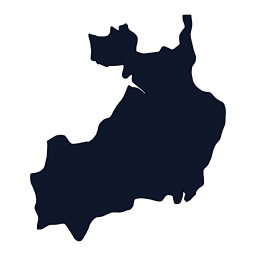 outline of Nghia Lo, Yên Bái, Vietnam
{"feature_id": "81297802B35519691635120", "entity_name": "Nghia Lo", "entity_type": "district", "adm_level": 2, "iso_a3": "VNM", "parent_name": "Vietnam", "parent_adm1": "Yên Bái", "projection": "equal_earth", "projection_center": [104.497, 21.599], "detail": "fine", "context": "isolated", "style": "filled", "palette": "ink", "viewbox_px": 256, "rotation_deg": 0, "n_neighbors": 0, "source": "geoboundaries", "source_scale": "gbopen_adm2", "svg_char_len": 5215}
<svg xmlns="http://www.w3.org/2000/svg" viewBox="0 0 256 256"><path d="M78.6,240.6L80.5,240.3L81.9,239.1L85.0,234.0L87.8,228.5L89.1,224.5L91.4,220.7L94.3,217.8L96.2,216.7L97.0,216.5L99.5,216.3L101.5,215.9L103.0,215.5L107.0,213.6L109.4,212.7L110.3,212.1L111.2,211.9L114.2,211.6L120.1,211.8L120.3,211.7L123.5,211.0L126.9,209.6L129.7,209.1L131.2,207.7L132.7,205.5L133.1,202.8L133.7,200.0L134.7,198.6L136.8,197.9L140.9,197.5L143.8,197.7L148.4,198.3L152.1,199.1L153.9,199.7L155.3,200.0L157.1,200.5L159.0,200.7L160.0,200.7L161.0,200.6L161.9,200.0L163.0,198.6L164.1,196.8L165.2,195.6L166.8,194.5L168.1,194.3L170.2,194.5L171.4,194.8L173.2,195.5L173.5,196.9L174.4,201.3L174.9,202.9L175.7,203.3L176.1,203.4L176.5,203.4L177.2,203.3L178.1,203.2L178.8,203.0L179.2,202.8L179.6,202.4L180.0,202.1L180.4,201.1L181.6,198.0L182.0,196.6L182.4,194.1L182.5,191.2L182.6,189.9L186.3,193.7L185.4,196.4L184.7,198.9L185.7,200.3L186.2,201.0L186.6,201.2L186.9,201.2L187.1,201.0L188.1,200.5L189.7,199.6L190.7,198.6L193.2,195.9L195.1,194.2L195.2,193.4L195.3,192.6L195.6,191.8L195.9,191.1L196.1,190.7L196.9,189.6L197.5,188.7L198.4,187.8L200.7,186.2L201.9,185.5L202.5,184.8L202.9,184.3L203.2,183.5L203.3,182.5L203.2,180.1L203.2,178.8L203.1,177.3L202.8,175.2L202.7,172.7L202.7,171.3L202.8,170.3L203.0,169.6L203.3,169.0L203.7,168.4L204.5,167.6L205.8,166.4L206.4,165.9L207.0,165.0L208.1,163.5L208.4,162.9L208.6,162.2L209.4,160.4L209.8,159.5L210.5,158.0L210.9,156.7L211.7,153.7L211.9,152.9L212.3,151.3L212.6,149.9L213.1,148.7L213.7,147.3L214.5,145.4L215.1,144.4L216.1,143.0L217.7,141.1L218.9,139.7L219.4,138.9L219.9,137.8L220.6,134.8L221.3,132.6L221.9,130.5L222.8,128.3L223.6,126.2L224.3,124.5L224.6,122.9L224.7,121.8L224.7,120.4L224.9,116.1L225.0,114.1L225.1,112.2L225.0,110.3L224.8,108.6L224.4,106.9L223.9,105.3L223.4,104.1L222.9,103.5L222.2,102.8L221.4,102.3L219.6,101.5L218.3,100.7L216.2,99.3L214.6,98.0L213.5,96.8L212.2,95.3L211.1,94.0L210.0,93.2L209.1,92.9L208.4,92.7L205.8,92.5L204.4,92.3L202.6,91.7L201.3,91.1L199.6,89.9L197.9,88.7L196.5,87.5L195.3,86.3L194.3,84.9L193.5,83.6L192.9,82.6L192.3,80.9L191.9,78.8L191.3,75.9L191.1,75.0L191.0,73.9L190.9,72.4L191.0,70.6L191.2,68.4L191.3,67.3L191.7,66.4L192.2,65.5L192.9,64.4L194.0,62.9L194.7,61.5L194.9,60.8L195.1,59.9L195.2,59.0L195.2,57.0L195.2,56.4L194.9,55.4L194.4,54.1L194.0,53.0L193.5,51.5L192.9,49.6L192.2,46.5L191.9,45.1L190.9,41.0L190.4,38.7L190.2,37.7L189.9,34.9L189.9,34.1L189.9,33.3L190.1,32.6L190.4,31.1L190.8,29.4L191.3,26.9L191.5,25.3L191.5,24.4L191.5,23.3L191.3,21.3L190.9,18.4L190.6,15.5L190.6,15.4L186.3,15.4L183.3,15.6L183.2,18.1L183.6,20.3L184.4,22.7L185.0,24.2L185.3,25.2L185.4,26.2L185.4,27.1L185.1,28.1L184.5,28.9L183.4,30.0L182.2,31.7L180.6,34.4L180.0,36.0L179.9,38.3L179.9,40.4L180.2,42.4L180.6,44.0L179.4,45.4L178.2,46.4L176.5,47.7L174.2,49.5L173.0,50.1L172.2,50.2L171.1,50.1L170.7,49.8L169.4,49.2L166.9,48.0L165.2,47.2L164.2,47.0L163.2,47.1L162.6,47.4L162.2,47.8L161.5,49.0L160.6,50.6L159.8,51.7L159.2,52.2L158.2,52.5L153.5,53.1L150.3,53.5L144.7,54.2L142.7,54.1L140.9,53.7L138.3,52.9L136.8,52.3L135.5,51.2L135.6,47.1L136.7,42.4L137.0,39.2L136.8,37.2L135.6,35.5L133.1,33.1L130.2,31.3L128.3,29.6L127.4,27.6L127.1,25.4L125.8,24.1L124.4,25.0L121.7,26.0L120.2,26.2L119.9,26.4L119.6,26.8L119.6,28.2L119.5,29.5L119.3,30.5L119.0,31.0L118.8,31.1L118.0,31.1L117.5,30.9L116.3,30.2L112.0,27.2L111.6,27.0L111.3,27.2L111.1,28.1L110.9,31.6L110.7,32.8L110.5,33.5L108.1,36.3L104.5,37.2L98.9,37.2L96.6,36.7L94.8,35.8L92.3,35.4L90.3,34.8L89.3,34.3L89.1,34.9L89.1,35.6L89.7,38.3L90.9,42.4L91.4,46.8L91.9,50.2L91.9,52.7L91.6,55.3L91.3,58.8L91.9,59.5L93.0,60.3L93.7,60.4L94.1,60.4L94.8,60.3L95.2,60.3L95.7,60.4L96.4,61.2L96.7,61.9L97.1,62.5L97.7,63.3L97.9,63.4L98.4,63.6L98.9,63.4L99.3,63.2L106.4,66.3L109.8,65.2L114.3,65.2L116.3,65.1L118.2,64.9L120.2,64.7L123.0,64.1L124.1,65.0L124.4,66.9L123.9,69.7L123.1,72.1L122.6,75.3L123.3,76.9L124.4,77.7L125.4,78.0L127.1,77.5L128.9,75.5L131.0,74.1L132.2,73.8L132.9,74.4L132.5,78.3L132.5,80.9L134.7,83.1L138.8,86.5L142.8,89.7L146.3,92.9L145.9,94.1L144.2,93.9L141.9,91.8L137.6,88.8L135.1,88.0L132.0,87.8L130.2,86.7L129.0,85.9L128.3,86.8L126.3,92.0L124.1,96.9L122.1,100.2L120.2,102.3L118.7,104.4L117.3,106.0L116.4,107.7L113.4,112.7L112.5,114.8L110.2,118.0L108.2,118.6L106.0,119.3L104.2,120.1L102.7,121.4L101.6,122.5L100.4,123.7L99.6,125.3L98.9,127.5L98.4,130.3L96.8,134.6L95.7,136.3L92.7,140.1L90.0,141.6L90.1,142.0L90.1,142.7L87.2,142.4L86.3,142.3L85.6,142.4L84.2,142.9L81.4,143.3L79.3,143.9L74.6,144.5L72.7,144.6L71.0,144.2L68.8,142.2L65.6,137.5L64.5,136.2L62.3,135.6L58.9,135.6L56.1,136.3L51.7,138.9L47.6,141.5L47.8,142.0L47.9,143.0L48.0,144.8L48.0,146.7L47.5,156.5L45.3,166.1L44.3,168.5L41.6,171.1L39.9,172.1L37.2,173.1L34.8,173.7L33.2,173.8L31.8,174.0L31.2,174.3L31.0,174.8L30.9,175.4L30.9,177.5L31.2,181.4L31.9,183.7L33.5,187.0L35.9,193.2L36.4,195.9L37.0,199.3L36.9,200.5L36.8,203.1L35.6,205.7L35.3,207.8L35.6,209.0L36.8,212.0L38.5,215.4L38.9,216.9L39.0,218.9L38.7,220.9L37.9,224.3L37.7,226.3L37.7,228.2L37.8,228.8L40.2,228.8L42.2,228.3L46.7,225.5L49.8,224.2L51.9,224.1L56.1,224.0L62.2,222.9L65.0,223.2L65.3,223.5L65.9,224.2L67.5,226.2L72.3,233.6L75.1,238.3L75.7,238.9L76.5,239.6L78.6,240.6Z" fill="#0f172a" stroke="#020617" stroke-width="1.5"/></svg>